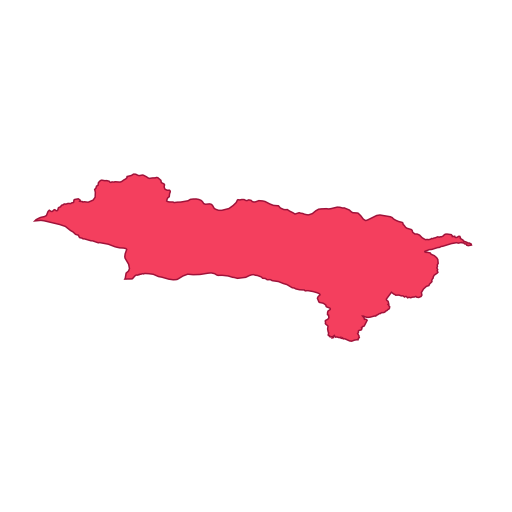 the district of Santa Barbara, Santander, Colombia, rotated 263°
{"feature_id": "7082276B97300956542202", "entity_name": "Santa Barbara", "entity_type": "district", "adm_level": 2, "iso_a3": "COL", "parent_name": "Colombia", "parent_adm1": "Santander", "projection": "equal_earth", "projection_center": [-72.939, 6.992], "detail": "fine", "context": "isolated", "style": "filled", "palette": "rose", "viewbox_px": 512, "rotation_deg": 263, "n_neighbors": 0, "source": "geoboundaries", "source_scale": "gbopen_adm2", "svg_char_len": 6116}
<svg xmlns="http://www.w3.org/2000/svg" viewBox="0 0 512 512"><g transform="rotate(263 256 256)"><path d="M350.6,137.7L349.5,137.5L348.3,136.0L347.7,134.3L346.3,131.8L345.9,130.1L346.9,125.0L346.6,124.2L347.1,122.1L346.7,120.9L347.1,120.0L348.1,119.4L349.0,117.1L349.2,115.0L350.1,112.1L349.8,110.7L348.1,108.6L345.4,107.8L344.8,106.2L342.7,105.3L341.8,104.0L338.8,104.3L333.9,103.5L331.3,101.1L329.8,95.9L330.8,92.1L330.6,90.8L331.2,90.3L331.8,87.7L332.5,88.3L333.1,88.1L334.4,86.6L334.2,82.9L333.7,82.1L331.8,81.7L331.3,81.2L331.2,79.6L330.6,78.5L331.1,75.8L330.6,73.5L331.0,72.6L330.8,71.4L330.2,70.6L330.2,69.6L329.6,68.7L328.7,68.1L328.2,66.3L327.7,65.6L326.0,65.0L325.2,64.1L325.3,63.2L326.5,61.9L326.4,61.1L325.1,59.4L325.1,58.6L325.3,57.9L326.6,56.4L325.5,55.0L321.7,52.9L320.9,50.8L320.6,47.3L320.2,45.7L318.9,42.2L317.8,40.8L317.6,46.8L316.8,49.9L311.2,65.0L308.6,70.4L304.0,74.9L302.1,77.4L299.5,79.5L298.3,82.2L296.3,82.9L295.7,83.3L295.0,85.4L294.1,86.4L294.0,87.6L291.2,94.1L291.0,95.6L288.3,101.1L288.4,102.4L285.7,110.9L282.4,117.1L281.4,119.7L280.7,121.8L280.1,125.3L279.3,127.7L278.3,128.5L274.1,126.4L271.3,125.7L269.8,125.8L263.3,128.6L258.9,128.9L256.6,127.6L254.8,125.0L249.8,123.5L249.1,123.0L248.4,129.8L248.5,130.6L251.0,133.4L251.7,134.8L251.4,136.5L251.9,137.3L251.7,138.1L252.1,138.6L251.9,139.4L252.3,141.1L251.9,142.4L252.2,142.8L252.1,144.2L251.5,147.5L250.4,151.8L247.5,156.7L246.5,159.9L243.7,166.5L242.5,170.9L242.3,173.7L242.4,175.1L245.1,181.1L246.3,186.0L245.1,191.4L244.5,198.2L244.8,206.3L244.7,209.5L243.5,212.8L241.9,214.8L241.4,216.0L241.0,220.0L239.6,225.9L237.7,230.2L237.4,231.6L236.1,234.9L236.1,243.2L237.4,247.0L237.9,249.6L237.8,251.4L237.0,253.0L236.5,255.0L234.9,258.1L234.5,258.8L233.1,259.9L232.6,262.5L231.3,263.9L231.0,264.7L230.9,266.8L230.7,267.6L229.6,269.0L227.9,275.2L225.3,279.9L223.9,283.2L220.1,288.1L219.6,290.0L218.5,291.5L217.2,295.1L216.4,299.7L215.4,300.6L215.4,302.3L215.2,303.7L213.7,308.5L212.0,312.4L210.8,314.3L210.1,314.8L209.6,314.8L208.2,312.8L206.6,311.8L202.8,312.8L202.2,313.3L201.1,316.6L200.3,317.8L198.8,319.3L197.3,319.5L196.7,320.2L195.4,322.8L194.8,323.3L193.9,323.2L192.6,320.8L191.4,320.2L189.2,319.8L188.9,319.9L188.5,320.8L185.9,320.8L185.3,320.4L184.4,319.4L183.6,317.3L183.1,316.8L181.4,316.9L180.5,316.6L179.9,316.9L178.0,318.7L177.4,318.9L174.9,318.2L171.7,318.4L170.9,318.8L168.8,318.0L168.3,318.2L167.9,319.3L167.3,319.2L166.6,319.8L166.7,322.0L165.4,321.6L165.6,322.9L166.9,323.1L167.6,324.0L165.8,324.9L165.8,326.4L164.8,328.6L165.0,330.3L164.0,330.4L163.7,331.5L164.1,332.0L163.1,332.6L163.0,334.1L160.3,338.6L159.8,340.6L160.5,343.5L160.6,345.5L160.4,347.1L161.8,347.6L162.4,348.6L163.2,348.4L164.1,348.5L166.7,347.4L167.5,348.3L169.1,348.5L169.6,349.2L169.7,351.0L170.0,351.7L171.2,352.3L172.0,352.0L172.5,352.9L173.0,353.1L173.1,354.4L173.5,355.0L178.7,358.5L179.9,357.3L179.9,355.9L181.6,355.7L183.4,354.4L183.4,354.9L181.9,357.8L181.4,359.7L181.4,362.0L182.0,366.3L181.8,367.6L182.5,368.1L182.7,369.3L183.8,371.4L183.7,372.4L184.5,373.7L184.3,375.1L184.4,376.3L185.1,377.8L185.6,378.2L186.0,379.5L186.9,380.5L187.0,381.3L188.1,382.2L189.5,382.5L190.6,381.6L191.5,381.9L191.9,381.2L192.5,381.9L194.9,381.6L196.1,380.3L197.3,380.1L203.5,386.0L201.2,388.4L200.9,389.2L200.1,389.8L199.8,393.1L198.7,395.4L198.7,396.5L198.3,397.3L197.2,398.4L197.6,399.1L197.5,400.3L196.0,401.4L196.4,402.8L195.7,404.5L196.1,406.1L196.0,408.3L196.4,409.7L195.5,410.6L195.0,412.4L195.7,414.9L197.0,415.9L199.6,415.7L202.9,418.3L205.1,421.4L205.6,424.0L207.0,424.8L209.1,427.5L210.1,427.4L211.5,428.1L212.6,429.2L213.5,429.3L215.2,430.5L216.9,433.7L217.7,434.6L219.2,434.0L220.3,434.7L222.2,434.0L223.3,434.8L225.1,434.8L226.4,435.9L230.4,436.0L232.3,435.1L234.6,433.0L236.4,430.0L237.8,429.3L238.7,426.7L238.9,425.1L239.4,424.2L240.0,424.1L240.3,424.6L240.7,427.0L241.2,428.5L241.1,431.3L242.2,437.1L242.2,439.3L242.9,440.9L242.9,442.5L244.5,451.4L244.8,456.7L244.1,458.4L244.4,461.6L243.9,462.1L243.8,463.6L242.7,464.4L242.1,466.2L241.1,466.4L240.4,467.9L240.6,471.2L241.7,471.0L242.9,469.3L243.1,467.8L243.9,467.0L245.1,464.6L245.4,464.3L245.5,463.7L246.6,463.4L248.5,461.0L249.6,461.1L250.7,460.6L250.8,459.3L250.1,458.1L249.9,456.7L250.7,455.7L251.4,455.6L251.3,453.7L251.4,453.2L252.1,453.3L253.4,452.4L254.5,448.3L254.6,447.0L254.3,445.7L253.0,444.1L252.5,442.6L252.6,441.1L252.3,440.3L252.9,438.6L252.1,435.9L252.2,435.0L251.7,433.7L252.0,432.3L251.4,431.4L251.2,429.4L251.3,428.5L251.6,427.9L251.5,426.5L251.8,425.8L253.9,423.1L256.8,420.9L258.1,418.8L258.5,416.4L260.4,414.4L262.4,414.1L263.3,413.4L265.2,409.1L266.3,407.9L268.5,406.7L269.3,405.9L270.8,405.8L271.5,405.2L272.9,401.7L274.4,399.1L276.0,397.0L277.5,395.9L278.6,394.1L281.6,384.0L281.5,380.7L278.3,371.6L277.9,370.1L277.9,368.9L279.5,367.0L283.3,364.8L286.0,362.6L286.3,361.9L287.2,357.3L288.1,356.1L290.3,354.2L293.0,349.4L293.0,348.0L294.1,345.3L294.6,342.6L293.9,336.4L293.8,333.9L294.4,331.6L294.8,326.3L294.8,323.8L293.6,320.9L291.2,317.1L290.4,313.2L290.7,311.7L291.6,309.1L292.5,307.6L293.0,305.6L293.7,304.1L292.9,299.8L294.4,298.0L296.5,294.8L298.3,292.7L298.3,291.4L298.7,289.3L300.7,286.0L303.1,284.4L304.1,279.5L306.0,276.0L309.0,271.6L309.8,269.4L310.6,265.6L309.8,262.1L309.8,260.5L310.5,258.9L311.8,257.9L312.6,255.6L312.1,253.9L312.2,252.9L313.5,251.0L313.8,248.8L313.6,246.8L314.1,244.9L313.7,244.3L311.5,242.9L308.9,239.5L306.4,234.9L305.5,227.7L305.9,224.4L307.1,222.0L308.2,220.4L311.7,218.9L312.9,217.7L313.4,216.1L313.5,212.1L314.4,210.5L316.6,209.4L318.0,208.1L319.1,206.1L319.9,203.5L320.2,200.4L320.2,197.7L319.1,195.3L318.7,187.7L319.0,184.6L319.0,181.2L319.7,180.2L320.2,176.5L320.8,174.9L321.5,174.0L323.1,174.6L324.6,175.6L325.4,177.1L328.3,177.8L329.9,178.6L330.8,178.8L331.8,178.2L332.1,175.8L333.4,173.8L335.2,173.3L336.5,173.4L337.7,173.9L338.7,173.5L340.4,171.0L342.7,170.8L345.7,168.1L346.1,166.7L345.8,165.5L346.1,162.8L346.0,159.7L346.5,158.6L348.0,156.9L349.9,154.1L350.2,153.2L350.0,149.9L350.4,148.7L351.7,146.8L352.0,145.8L352.2,144.4L351.1,142.1L350.6,137.7Z" fill="#f43f5e" stroke="#9f1239" stroke-width="1.5"/></g></svg>